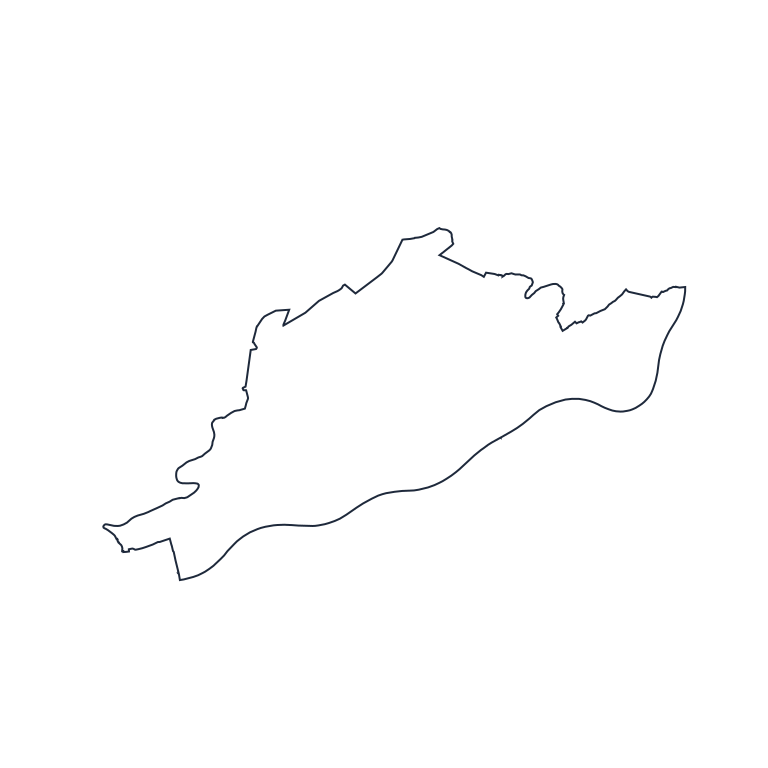 outline of West Betuwe, Gelderland, Netherlands, rotated 336°
{"feature_id": "6326949B99540716271776", "entity_name": "West Betuwe", "entity_type": "district", "adm_level": 2, "iso_a3": "NLD", "parent_name": "Netherlands", "parent_adm1": "Gelderland", "projection": "robinson", "projection_center": [5.205, 51.87], "detail": "fine", "context": "isolated", "style": "outline", "palette": "slate", "viewbox_px": 768, "rotation_deg": 336, "n_neighbors": 0, "source": "geoboundaries", "source_scale": "gbopen_adm2", "svg_char_len": 6086}
<svg xmlns="http://www.w3.org/2000/svg" viewBox="0 0 768 768"><g transform="rotate(336 384 384)"><path d="M459.4,259.8L442.0,274.6L440.8,275.4L427.9,281.7L426.7,282.2L421.1,283.6L394.8,289.7L388.7,277.3L386.6,277.5L384.4,279.2L383.1,279.6L381.1,280.0L379.3,280.2L374.6,280.2L358.4,281.6L341.2,286.9L315.9,289.7L316.0,289.3L316.3,288.9L317.3,287.9L319.4,286.0L327.6,277.6L315.0,273.0L305.8,273.4L302.2,273.7L299.1,275.0L291.5,279.8L291.3,279.7L290.1,281.0L288.0,283.9L281.3,292.2L281.2,292.4L281.2,292.6L281.9,293.3L282.0,294.9L282.7,298.8L282.3,299.4L281.9,299.7L281.3,300.0L276.1,298.7L259.6,325.3L256.9,329.4L256.4,330.1L253.9,330.1L253.4,330.2L253.1,330.5L253.1,331.8L253.1,332.4L253.3,332.6L253.5,332.8L255.4,333.5L255.5,333.6L254.3,340.8L254.0,341.7L253.5,342.4L250.5,345.4L248.9,347.5L246.9,349.9L241.1,349.1L239.3,348.5L236.5,347.9L232.6,348.2L227.7,349.1L225.7,349.7L224.4,349.8L222.8,349.4L222.9,349.1L221.8,348.5L220.2,348.1L216.6,347.5L214.4,347.6L214.1,347.8L214.2,348.0L211.6,349.3L211.0,349.8L210.2,351.2L209.8,352.5L209.5,354.1L209.1,358.8L208.4,361.4L207.5,363.1L206.5,364.4L203.9,367.1L202.3,369.8L199.8,372.3L198.8,373.0L197.3,373.6L192.0,374.8L188.6,375.9L187.1,375.9L184.5,375.6L180.9,375.8L174.8,375.1L171.7,375.3L166.7,376.6L162.2,377.3L161.3,377.7L159.5,379.0L158.6,379.9L157.7,381.4L156.7,383.5L156.2,385.2L155.9,387.5L156.1,388.8L156.5,389.8L157.7,391.3L159.5,392.7L164.7,395.1L169.5,397.0L171.2,397.9L172.7,398.9L173.1,399.2L173.5,399.9L173.7,400.8L173.6,401.2L172.7,402.7L172.4,403.0L171.0,404.0L169.1,405.0L166.3,406.0L158.5,407.4L157.7,407.4L155.1,407.0L152.6,405.6L150.4,405.1L150.4,404.9L143.9,403.8L140.3,404.3L136.0,404.3L132.3,404.9L126.5,405.0L119.0,405.0L116.6,405.1L111.8,404.9L105.5,404.0L101.9,403.9L98.5,404.3L92.8,406.1L89.0,406.4L85.2,406.1L83.0,405.4L79.7,403.8L73.9,399.6L72.5,398.9L71.5,398.9L70.2,399.5L69.6,400.1L69.4,401.1L69.8,401.9L71.1,403.4L72.4,405.3L74.7,409.4L75.9,411.8L76.3,412.9L76.4,413.5L76.6,417.0L77.3,417.0L77.4,417.9L76.9,418.9L76.8,419.6L77.3,420.8L77.0,421.0L78.4,424.2L78.5,425.8L78.2,427.6L76.8,430.2L77.8,430.5L77.7,430.8L77.8,430.8L77.5,431.5L80.2,432.5L82.9,433.3L83.7,431.2L86.5,431.8L87.4,432.1L88.2,432.8L89.1,434.0L89.8,434.4L92.5,435.0L96.4,435.7L100.4,436.1L107.5,436.6L113.1,436.4L114.9,437.1L125.4,438.1L124.4,444.3L124.3,445.6L123.3,450.8L123.6,451.5L123.5,452.4L121.8,460.3L119.5,473.1L119.4,473.0L119.3,473.7L119.1,473.6L119.3,474.3L117.8,480.1L121.6,481.1L131.3,482.7L136.4,483.1L141.4,482.9L144.2,482.7L148.9,481.9L154.2,480.7L163.6,477.4L168.2,475.6L173.0,473.0L182.3,469.2L185.7,467.9L189.2,467.0L193.4,466.0L201.2,465.0L209.4,465.1L213.0,465.4L217.7,466.2L225.6,468.2L229.1,469.4L235.6,472.0L242.8,475.6L248.2,478.5L261.1,484.7L263.4,485.6L266.5,486.5L272.9,488.0L277.2,488.6L283.3,489.1L288.9,489.1L296.5,488.1L308.6,485.8L316.4,484.6L326.3,483.8L333.3,483.6L337.7,484.0L341.5,484.6L349.9,486.8L357.1,489.1L364.9,492.2L368.3,493.5L372.8,494.7L382.1,496.4L389.0,496.9L394.3,496.8L398.0,496.6L402.7,496.0L408.2,495.1L413.8,493.8L418.4,492.5L437.4,486.0L445.9,483.7L448.6,483.2L454.4,481.9L458.6,481.3L468.7,480.4L468.8,480.6L468.9,480.4L481.0,479.2L487.7,478.3L494.6,476.9L502.7,474.7L508.0,473.0L515.3,471.0L523.3,470.3L533.4,470.5L543.4,472.0L549.9,474.1L556.1,476.9L561.6,480.5L565.5,483.6L568.5,486.6L571.3,489.7L573.6,492.7L576.1,495.6L579.0,498.5L581.8,501.1L584.9,503.3L588.8,505.4L591.3,506.4L595.5,507.5L597.9,508.0L600.6,508.2L604.1,508.2L608.5,507.6L611.7,507.0L614.5,506.2L617.8,504.9L621.1,503.3L623.9,501.5L625.8,499.8L627.8,497.9L633.5,491.6L638.3,485.0L645.0,474.0L648.6,469.1L654.1,462.5L657.9,458.7L663.0,454.3L666.1,451.8L676.9,444.6L679.9,442.2L684.7,438.0L689.5,432.7L691.6,430.0L695.2,424.5L696.8,421.8L698.6,417.9L693.1,416.1L690.5,414.1L690.4,414.3L690.1,414.3L689.6,413.8L688.7,413.5L687.7,412.9L685.1,413.0L683.8,412.7L682.5,412.9L680.6,413.7L679.8,413.5L678.1,413.4L676.4,413.5L676.0,413.3L675.5,412.6L675.2,412.5L670.5,415.2L668.7,415.7L667.6,414.9L665.0,413.5L663.9,413.7L663.4,413.9L663.1,413.0L662.5,412.3L645.3,399.5L644.7,398.8L644.2,397.9L643.6,396.0L641.3,397.0L637.9,399.0L635.1,399.8L632.8,400.3L629.9,401.6L628.7,402.0L626.4,402.1L624.6,402.6L621.9,403.0L619.7,404.2L616.2,405.5L611.4,405.3L606.8,405.6L606.3,405.5L605.5,405.2L604.8,405.1L600.3,405.4L599.0,404.5L598.3,404.6L598.1,404.6L594.8,407.2L594.0,407.6L593.2,407.9L590.4,408.6L589.6,407.0L587.8,407.0L587.2,406.8L584.6,406.9L583.8,404.8L579.3,406.1L576.0,406.5L574.4,407.5L573.9,407.2L573.5,407.5L568.8,408.1L568.4,403.7L568.9,403.6L568.8,400.2L568.8,399.7L568.6,399.4L568.4,398.7L568.5,395.2L568.4,393.3L570.9,392.5L570.6,390.7L572.8,389.6L575.9,387.7L580.3,384.3L580.4,383.5L581.1,383.5L582.0,380.0L582.4,378.8L583.3,377.4L584.8,375.9L584.4,375.3L584.1,373.5L584.5,371.9L585.5,370.1L585.5,369.3L585.1,367.9L584.5,366.5L583.6,365.2L583.4,364.3L583.1,363.8L582.5,363.1L581.5,362.4L579.1,361.4L577.0,361.0L569.4,360.2L566.5,359.7L564.2,360.3L560.3,360.9L558.3,362.0L555.2,362.8L552.2,364.1L551.4,364.2L550.3,364.1L549.4,363.7L548.9,363.3L548.7,363.0L548.5,362.4L548.8,361.2L549.6,359.7L550.8,358.3L551.6,357.7L553.2,356.8L555.4,356.0L556.6,354.7L557.3,354.4L559.0,354.1L561.3,351.7L561.5,350.9L561.6,348.9L561.5,348.0L561.4,347.6L560.4,346.7L559.2,346.0L557.2,343.2L555.5,341.4L553.8,340.6L553.0,339.5L552.5,339.1L549.1,337.6L548.9,337.6L547.8,336.8L545.5,334.7L542.4,334.2L540.8,333.3L540.2,333.2L539.6,333.2L537.4,334.0L536.4,334.1L536.6,333.9L536.5,333.5L535.5,332.4L535.3,332.5L534.9,331.9L534.2,331.6L533.3,330.9L532.7,331.3L529.8,328.5L522.5,323.8L518.8,326.7L518.6,326.4L517.2,324.2L510.4,316.9L508.0,313.7L506.3,311.6L501.0,304.5L487.1,288.9L502.3,285.0L504.3,284.1L504.3,282.5L504.4,281.2L505.1,280.3L505.0,279.9L505.3,279.4L505.8,276.9L506.6,275.0L506.7,273.5L506.5,272.7L506.4,272.7L506.1,272.3L506.3,272.2L505.5,270.7L504.8,269.7L504.0,268.8L502.5,267.7L500.5,266.6L498.7,265.3L498.0,264.1L495.6,264.1L491.0,265.2L478.3,264.9L474.8,264.1L471.9,263.1L471.7,263.0L471.2,263.2L466.8,262.1L460.9,260.0L459.9,259.8L459.5,259.9L459.4,259.8Z" fill="none" stroke="#1e293b" stroke-width="2"/></g></svg>